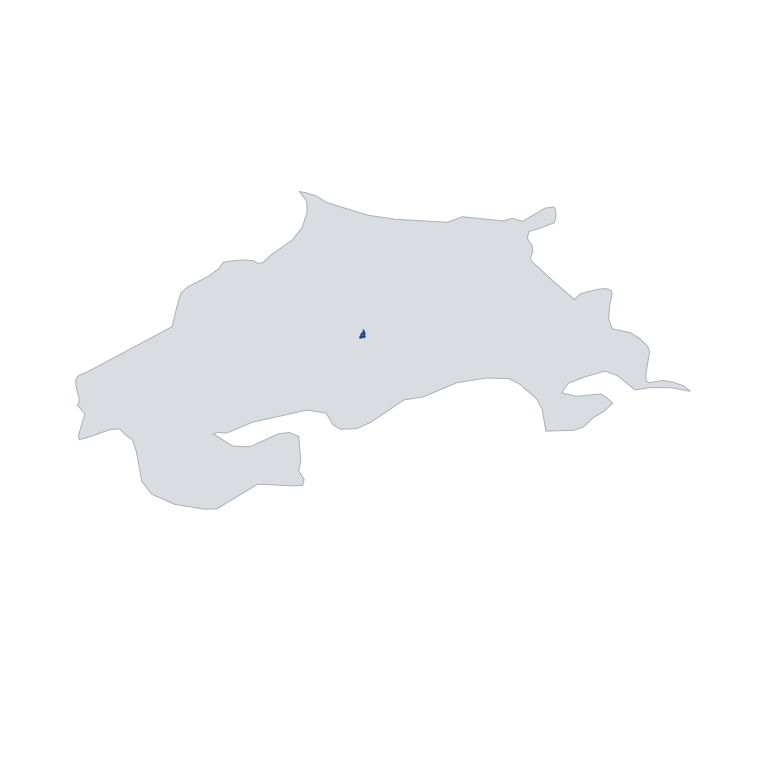 location of Tibas, San José, Costa Rica, rotated 312°
{"feature_id": "36466004B13959019821859", "entity_name": "Tibas", "entity_type": "district", "adm_level": 2, "iso_a3": "CRI", "parent_name": "Costa Rica", "parent_adm1": "San José", "projection": "orthographic", "projection_center": [-84.08, 9.956], "detail": "fine", "context": "in_parent", "style": "filled", "palette": "blue", "viewbox_px": 768, "rotation_deg": 312, "n_neighbors": 0, "source": "geoboundaries", "source_scale": "gbopen_adm2", "svg_char_len": 3053}
<svg xmlns="http://www.w3.org/2000/svg" viewBox="0 0 768 768"><g transform="rotate(312 384 384)"><path d="M629.3,391.9L628.5,394.6L625.9,397.5L622.3,400.5L617.5,402.5L605.8,396.5L594.4,389.8L588.1,392.9L585.7,401.8L581.5,406.3L576.2,408.1L574.0,411.1L573.7,441.0L574.2,469.1L582.8,469.7L597.3,479.4L603.5,485.2L605.5,490.5L603.7,493.1L593.2,499.3L582.9,507.1L577.7,516.8L586.8,532.4L588.8,543.0L588.5,554.2L586.0,559.5L566.0,572.4L561.6,576.9L562.2,580.1L573.3,588.9L578.6,597.4L583.0,607.7L583.6,616.6L573.5,600.1L559.6,584.3L547.5,574.6L546.5,551.9L541.6,539.6L523.4,528.3L507.8,520.4L496.3,522.0L503.4,535.0L521.7,551.8L522.9,558.2L522.7,566.8L510.1,565.5L499.0,562.0L485.4,560.9L476.4,555.8L457.3,535.8L470.9,518.7L475.1,507.5L474.7,484.3L471.5,473.1L456.8,455.9L433.5,437.2L400.8,421.8L385.4,409.4L347.1,399.9L332.6,393.6L321.2,381.9L319.6,373.5L323.6,360.6L313.1,344.2L267.6,311.8L242.2,299.9L236.8,292.9L232.7,290.7L236.6,313.0L247.6,326.4L276.7,339.0L284.7,346.3L287.9,355.8L270.9,373.9L262.3,378.5L259.8,388.4L254.2,391.4L248.4,385.7L225.0,357.1L179.4,343.3L171.2,334.9L154.4,308.8L146.7,285.0L149.6,269.2L168.4,244.7L174.3,234.0L173.2,227.3L173.8,217.6L166.9,210.8L149.7,201.8L138.7,194.7L141.7,191.2L161.6,181.7L162.9,173.1L162.8,170.3L166.0,169.7L168.9,167.4L170.7,165.0L176.1,156.8L180.9,152.1L186.3,151.4L193.0,154.9L217.8,163.9L245.5,173.9L284.9,188.2L301.3,179.2L315.4,172.3L325.2,173.3L346.4,181.4L359.2,183.9L367.1,183.1L380.6,194.9L388.0,203.8L389.3,209.7L393.4,212.9L404.0,213.6L429.9,219.6L445.7,218.4L460.1,212.0L468.0,204.4L470.5,192.4L474.1,198.4L478.4,207.7L480.3,219.6L499.0,259.7L513.9,282.1L546.6,322.9L560.7,330.3L584.7,363.1L592.9,368.5L597.7,378.2L622.4,386.0L629.3,391.9Z" fill="#d9dde1" stroke="#a8b0b8" stroke-width="1"/><path d="M408.5,336.1L408.6,335.7L408.7,335.4L408.8,335.3L408.8,335.2L408.9,334.9L409.0,334.9L409.0,334.7L409.1,334.4L409.3,334.4L409.5,334.2L409.8,334.0L409.9,333.9L410.0,333.8L410.0,333.7L410.0,333.4L409.8,333.7L409.7,333.7L409.4,333.7L409.3,333.8L409.2,333.8L409.2,334.0L409.0,333.9L408.9,333.9L408.8,334.0L408.7,334.0L408.7,333.9L408.4,334.0L408.2,334.1L407.9,334.1L407.7,334.0L407.4,334.0L407.4,333.9L407.2,333.9L406.9,334.0L406.5,334.1L406.5,333.9L406.4,333.9L406.2,333.8L406.1,333.7L405.9,333.7L405.8,333.8L405.7,333.9L405.7,334.0L405.4,334.2L405.2,334.2L405.1,334.3L404.8,334.4L404.8,334.5L404.6,334.6L404.4,334.7L404.4,334.8L403.9,334.8L403.7,334.8L402.9,334.8L402.7,334.8L402.5,335.0L402.4,335.1L402.5,335.2L402.5,335.3L402.6,335.5L402.8,335.6L403.0,335.6L403.3,335.6L403.5,335.6L403.7,335.8L403.8,335.8L403.8,336.0L403.7,336.1L403.8,336.1L403.9,336.3L403.9,336.5L404.0,336.5L404.3,336.5L404.5,336.5L404.7,336.8L404.8,336.8L405.0,336.8L405.1,337.3L405.3,337.4L405.4,337.5L405.5,337.5L405.7,337.4L405.8,337.4L406.0,337.4L406.0,337.5L406.2,337.8L406.0,338.0L406.3,338.0L406.5,338.0L406.5,337.2L406.7,336.7L407.0,336.8L407.3,336.6L407.5,336.4L407.8,336.4L408.0,336.3L408.1,336.2L408.2,336.3L408.3,336.2L408.5,336.1L408.5,336.1Z" fill="#3b82f6" stroke="#1e3a8a" stroke-width="1.5"/></g></svg>